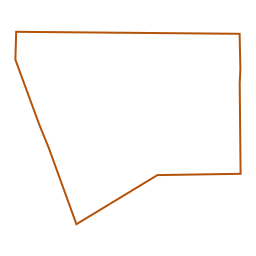 Hood, Texas, United States of America
{"feature_id": "52423323B45355972710900", "entity_name": "Hood", "entity_type": "district", "adm_level": 2, "iso_a3": "USA", "parent_name": "United States of America", "parent_adm1": "Texas", "projection": "robinson", "projection_center": [-97.864, 32.396], "detail": "fine", "context": "isolated", "style": "outline", "palette": "amber", "viewbox_px": 256, "rotation_deg": 0, "n_neighbors": 0, "source": "geoboundaries", "source_scale": "gbopen_adm2", "svg_char_len": 258}
<svg xmlns="http://www.w3.org/2000/svg" viewBox="0 0 256 256"><path d="M16.2,31.8L15.4,59.7L39.2,124.4L48.8,148.0L74.1,217.8L76.4,224.2L157.4,175.1L240.6,173.8L239.7,83.3L240.4,69.3L239.6,33.8L16.2,31.8Z" fill="none" stroke="#b45309" stroke-width="2"/></svg>